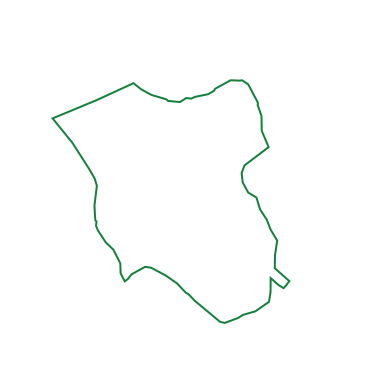 the district of San Miguel Dueñas, Sacatepéquez, Guatemala, rotated 59°
{"feature_id": "79465075B97668033547878", "entity_name": "San Miguel Dueñas", "entity_type": "district", "adm_level": 2, "iso_a3": "GTM", "parent_name": "Guatemala", "parent_adm1": "Sacatepéquez", "projection": "orthographic", "projection_center": [-90.828, 14.531], "detail": "fine", "context": "isolated", "style": "outline", "palette": "green", "viewbox_px": 384, "rotation_deg": 59, "n_neighbors": 0, "source": "geoboundaries", "source_scale": "gbopen_adm2", "svg_char_len": 1050}
<svg xmlns="http://www.w3.org/2000/svg" viewBox="0 0 384 384"><g transform="rotate(59 192 192)"><path d="M57.1,273.6L88.2,269.2L118.7,268.3L130.4,268.5L137.6,270.3L153.1,282.4L161.1,286.7L166.4,289.4L168.1,289.1L171.6,291.7L176.5,292.4L190.6,291.9L201.0,289.1L216.2,290.2L225.0,295.1L234.0,295.6L233.5,291.6L231.4,286.3L232.0,270.7L235.7,266.2L249.2,258.0L251.7,256.8L262.6,251.9L275.5,249.1L277.5,247.7L286.8,245.6L317.8,234.8L321.1,231.3L323.7,217.4L323.6,211.5L326.9,199.2L325.8,182.6L318.2,176.2L306.3,168.9L316.4,165.7L321.6,163.0L320.6,159.7L319.7,157.5L318.5,154.4L313.6,156.0L300.0,160.3L288.9,153.4L277.5,144.0L265.0,144.0L254.4,142.2L241.9,142.6L229.9,139.6L221.5,144.1L209.9,143.6L201.3,139.7L196.2,133.2L193.0,103.2L175.4,100.7L162.7,93.3L151.4,91.0L149.4,89.5L128.6,88.4L121.9,91.6L121.3,93.4L116.1,101.4L115.4,119.0L116.6,121.0L116.5,127.7L112.0,140.5L111.6,144.5L108.5,148.5L108.7,156.0L101.6,165.6L99.3,166.3L88.0,176.7L77.6,182.8L68.6,186.1L64.1,226.7L58.3,265.5L57.1,273.6Z" fill="none" stroke="#15803d" stroke-width="2"/></g></svg>